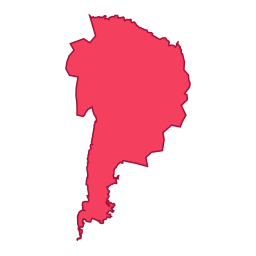 Xanx, Hövsgöl, Mongolia (orthographic projection)
{"feature_id": "93677404B14141451758610", "entity_name": "Xanx", "entity_type": "district", "adm_level": 2, "iso_a3": "MNG", "parent_name": "Mongolia", "parent_adm1": "Hövsgöl", "projection": "orthographic", "projection_center": [100.416, 51.084], "detail": "fine", "context": "isolated", "style": "filled", "palette": "rose", "viewbox_px": 256, "rotation_deg": 0, "n_neighbors": 0, "source": "geoboundaries", "source_scale": "gbopen_adm2", "svg_char_len": 5747}
<svg xmlns="http://www.w3.org/2000/svg" viewBox="0 0 256 256"><path d="M102.7,223.4L103.3,222.9L103.4,222.3L103.5,221.9L103.1,221.1L102.8,221.0L102.9,220.5L103.6,220.0L106.2,219.0L106.7,218.5L106.6,218.1L107.0,217.1L107.7,216.9L108.3,217.1L108.7,217.5L109.9,217.7L110.1,217.6L110.7,216.6L111.3,216.5L111.1,216.3L110.7,216.4L110.6,214.7L110.1,214.3L110.6,214.0L109.9,214.1L110.0,214.4L109.7,214.5L108.7,214.5L106.8,213.8L106.9,213.2L108.2,212.4L108.5,211.4L108.8,211.0L109.6,210.7L110.7,210.8L111.7,211.9L112.8,212.1L113.4,211.8L113.8,210.9L113.7,210.7L112.8,210.7L112.4,209.6L111.2,208.4L112.2,207.1L112.5,207.1L111.9,207.8L112.1,208.0L112.8,207.9L113.3,207.4L114.0,205.9L114.7,205.4L114.7,204.5L114.3,203.9L113.6,203.6L113.1,203.9L112.2,203.8L111.0,202.8L110.1,202.8L108.8,201.7L108.5,200.8L108.2,201.3L107.9,202.3L108.1,203.4L108.9,204.3L109.2,205.8L110.5,205.7L109.1,206.0L108.5,205.9L107.9,205.2L107.1,203.8L106.3,203.5L106.2,203.2L106.3,201.8L107.2,200.5L107.2,199.9L106.8,199.0L107.8,198.2L108.6,197.2L109.0,196.4L108.9,195.3L108.5,194.9L108.0,194.7L108.2,194.2L107.8,193.7L108.7,193.2L109.4,191.4L109.1,190.8L108.1,190.2L107.8,189.5L107.5,188.0L106.8,186.9L106.9,186.7L108.1,187.2L108.7,186.1L109.8,185.6L111.3,184.3L112.6,184.1L114.1,183.3L114.8,182.8L115.3,182.9L116.0,183.6L116.7,183.2L116.4,181.6L115.8,179.7L117.2,178.6L118.3,178.8L118.0,177.9L118.5,176.8L118.7,175.6L118.1,175.7L117.2,177.2L116.6,177.7L115.6,178.0L114.8,177.6L114.7,178.3L114.0,178.4L113.7,178.2L113.7,177.2L113.1,175.9L113.9,174.5L113.7,173.9L113.9,173.2L113.8,172.0L114.3,169.5L115.2,168.1L116.0,167.7L116.6,166.2L117.8,164.5L119.1,163.5L119.4,162.8L120.2,162.4L122.0,163.1L122.6,163.1L122.8,162.8L122.6,161.6L123.1,160.7L135.8,163.2L147.5,166.4L145.9,157.4L151.6,152.2L162.4,150.6L164.1,139.5L163.0,132.6L171.5,125.2L180.2,126.9L182.2,121.9L185.9,115.2L181.3,105.5L187.3,99.7L187.0,94.9L184.5,93.7L185.6,92.4L186.1,91.3L186.6,90.9L187.9,89.1L188.3,88.9L189.5,86.8L190.1,83.3L189.6,81.9L188.9,80.4L188.4,75.0L183.9,69.9L184.4,62.0L182.5,53.9L181.9,53.9L181.5,53.6L181.1,52.7L181.3,49.9L181.2,49.5L180.2,48.6L180.2,47.5L180.3,47.1L177.8,44.0L177.8,43.0L178.0,42.0L177.7,42.1L177.4,43.1L176.6,43.8L176.6,45.0L176.4,45.7L175.4,47.3L174.0,45.7L173.0,45.3L171.1,45.1L168.9,45.6L168.8,43.5L169.4,42.8L169.0,42.1L169.0,41.4L166.8,40.0L166.0,38.5L165.4,38.0L164.8,37.9L162.6,38.0L159.7,39.5L155.5,36.9L152.0,35.0L152.6,33.7L151.4,32.6L148.4,32.5L147.6,31.9L147.1,30.4L146.9,30.1L145.3,30.0L143.0,28.9L142.6,29.0L140.9,27.9L139.4,27.6L137.4,25.7L136.8,25.6L136.1,24.5L136.1,24.1L135.3,23.6L134.8,22.3L134.6,22.1L134.0,22.0L133.6,22.3L133.0,22.3L132.7,22.7L132.2,22.8L131.5,22.2L131.0,21.5L131.1,20.9L130.9,20.6L131.1,20.6L131.0,19.6L130.7,19.3L128.4,19.8L126.8,19.5L126.0,19.7L125.5,20.5L124.7,20.8L124.2,19.6L124.2,18.7L124.0,17.7L123.5,17.1L122.1,17.3L121.4,17.7L118.4,17.8L117.8,17.7L118.0,16.7L117.7,15.6L114.9,15.5L114.5,16.5L114.0,16.9L113.0,16.5L111.9,16.6L110.8,17.1L110.5,17.5L109.4,17.5L108.6,19.0L108.6,19.4L106.9,18.4L105.1,18.8L105.3,16.4L105.9,16.2L105.6,15.8L104.3,15.9L102.6,17.6L101.0,17.0L100.2,17.6L99.6,17.6L99.2,16.8L98.6,16.8L97.7,17.0L97.0,17.5L95.8,17.4L94.5,17.7L93.6,17.2L93.2,16.7L91.8,17.7L90.9,17.1L90.7,16.5L90.0,16.2L89.9,15.6L89.6,15.4L95.6,35.9L89.8,42.7L83.7,38.8L70.3,43.7L74.0,50.2L69.1,56.0L66.9,62.1L65.9,68.7L69.5,75.3L78.0,77.0L76.2,88.2L76.0,95.7L76.9,103.1L77.1,112.3L77.0,114.9L82.9,116.4L84.5,115.3L84.8,114.7L85.0,113.5L85.3,113.0L88.2,109.1L89.7,108.6L90.7,107.7L91.0,107.7L92.1,107.1L92.2,108.0L93.5,112.9L94.3,114.9L96.0,117.4L96.5,119.7L96.2,120.6L96.3,121.6L95.4,121.3L95.1,121.6L94.9,122.0L95.0,122.9L94.9,123.7L94.1,125.2L94.2,127.2L93.6,130.4L93.7,131.1L93.3,131.9L93.0,134.1L92.7,134.9L92.9,135.6L92.6,137.2L92.2,137.9L92.1,138.8L91.8,139.6L92.0,140.9L91.5,142.0L91.5,143.0L92.4,144.5L90.8,144.7L90.5,145.1L90.4,146.8L91.0,148.1L91.0,148.5L90.8,148.9L90.1,149.4L89.8,149.8L89.0,150.5L88.7,153.2L89.0,154.3L88.2,154.7L88.2,155.5L88.1,156.3L88.2,157.1L87.9,157.5L87.8,158.1L87.3,158.7L88.0,160.3L87.9,161.6L88.4,162.6L87.7,162.9L87.4,163.3L87.7,164.7L87.5,166.3L87.0,166.9L86.8,167.9L87.0,168.5L87.1,170.2L87.3,171.0L87.7,173.7L87.8,175.0L87.8,175.6L87.6,175.8L87.6,176.5L87.9,177.2L87.0,177.6L87.0,178.6L86.4,180.6L86.4,181.4L86.6,182.1L86.3,182.6L86.3,183.4L86.0,184.1L86.4,184.7L87.2,185.2L87.8,186.1L87.9,187.3L87.7,188.0L87.9,188.8L87.9,189.9L88.2,190.9L88.7,194.2L88.5,195.2L88.5,196.1L88.2,195.9L88.5,195.9L88.3,195.6L87.8,195.5L87.3,196.1L87.5,197.1L88.2,198.3L88.7,199.9L88.4,201.2L87.8,201.7L85.9,201.5L84.0,201.7L83.4,201.9L82.6,202.8L82.3,204.6L82.4,205.7L82.9,206.3L82.9,206.6L82.5,208.0L83.0,209.2L84.2,210.3L82.5,210.1L81.5,210.5L79.8,211.6L78.9,212.8L78.6,214.3L77.8,215.2L77.9,216.2L77.4,217.2L77.8,218.4L77.6,220.0L77.8,222.6L77.7,223.5L78.1,225.2L79.5,227.9L79.3,227.9L79.2,227.5L78.8,227.3L78.4,227.5L78.4,229.5L79.5,231.4L79.4,232.1L79.9,233.5L79.6,234.4L80.0,235.1L80.4,236.8L80.2,237.8L79.1,238.2L77.8,238.5L77.3,238.9L77.1,239.4L77.4,239.9L77.1,240.6L77.5,240.0L77.4,239.2L77.5,238.9L79.1,238.9L79.4,238.6L80.8,238.3L81.1,236.5L81.1,235.1L80.7,234.1L80.9,233.9L81.7,233.5L82.0,232.9L82.2,231.1L81.9,229.8L81.8,229.6L80.1,229.6L80.1,229.1L79.9,228.3L80.2,227.7L80.4,227.0L80.7,226.7L81.1,226.7L82.1,227.2L82.6,227.0L83.0,226.5L83.5,224.4L83.9,223.6L84.0,223.1L83.4,222.6L82.6,223.2L82.4,222.4L83.0,221.4L82.6,220.9L82.7,220.3L83.0,219.8L83.7,219.6L83.6,218.9L83.9,219.0L84.2,219.5L85.4,219.5L85.9,220.7L86.2,221.0L88.0,221.7L90.4,222.0L90.8,221.7L91.4,219.7L92.0,218.7L92.5,218.4L93.2,218.8L94.4,219.0L95.3,219.7L96.3,219.9L97.6,220.8L99.9,220.6L100.1,220.7L100.1,221.1L99.4,221.3L99.1,221.9L99.3,222.1L100.2,222.9L101.2,223.4L102.7,223.4Z" fill="#f43f5e" stroke="#9f1239" stroke-width="1.5"/></svg>